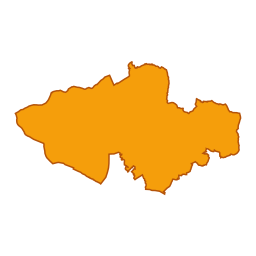 Mintiu Gherlii, Cluj, Romania
{"feature_id": "2599482B84488457525620", "entity_name": "Mintiu Gherlii", "entity_type": "district", "adm_level": 2, "iso_a3": "ROU", "parent_name": "Romania", "parent_adm1": "Cluj", "projection": "mercator", "projection_center": [23.941, 47.068], "detail": "fine", "context": "isolated", "style": "filled", "palette": "amber", "viewbox_px": 256, "rotation_deg": 0, "n_neighbors": 0, "source": "geoboundaries", "source_scale": "gbopen_adm2", "svg_char_len": 5883}
<svg xmlns="http://www.w3.org/2000/svg" viewBox="0 0 256 256"><path d="M145.7,189.3L149.7,189.5L151.9,190.4L155.1,190.5L159.4,191.2L160.1,191.5L164.6,194.1L164.9,192.5L163.6,191.6L167.2,188.0L169.6,186.4L170.7,184.3L171.7,181.7L172.3,180.8L172.6,179.3L173.7,179.2L175.2,179.7L176.8,179.8L177.0,179.8L177.5,178.6L178.0,179.2L178.8,179.0L179.1,178.7L178.9,177.7L178.9,176.6L178.7,176.2L178.8,175.3L181.5,175.6L182.4,174.4L184.3,174.2L185.3,174.6L186.6,174.6L186.6,172.9L188.3,172.4L189.9,171.5L190.2,171.1L190.5,169.8L191.0,168.9L191.1,168.0L191.5,167.2L191.4,166.9L191.7,166.4L191.9,165.7L192.5,164.8L192.4,164.4L191.5,163.9L191.4,163.6L191.8,163.6L195.4,161.7L196.1,162.5L197.0,163.0L198.4,164.9L198.8,165.2L200.1,165.3L202.1,166.0L202.5,165.8L203.0,165.9L203.3,165.3L204.5,165.2L205.3,164.7L206.4,164.8L206.8,163.1L207.9,161.6L208.7,159.1L209.2,158.1L209.2,157.6L208.3,156.5L208.3,155.7L208.6,155.2L207.8,154.5L207.2,154.2L207.0,153.8L205.2,153.9L205.0,153.6L204.8,153.8L205.0,153.9L204.9,154.0L203.0,153.3L204.0,152.6L204.2,152.2L204.9,152.0L205.7,152.0L206.4,151.7L205.7,150.8L206.3,149.3L206.3,148.7L206.6,148.9L206.8,148.7L207.9,148.9L208.8,149.4L210.3,150.5L210.5,150.8L212.2,151.4L213.4,151.6L213.9,151.5L214.2,151.0L214.4,150.1L215.1,150.6L215.7,151.2L219.0,152.0L219.7,152.7L219.9,156.2L220.6,156.3L220.7,157.7L221.9,157.2L222.9,157.6L223.8,157.6L224.4,157.2L225.4,157.2L226.5,156.4L230.1,155.2L230.2,154.6L230.9,154.1L233.0,154.8L234.1,154.8L236.8,153.4L238.4,151.5L239.1,149.9L238.9,149.0L238.8,146.7L239.1,145.5L238.5,144.0L238.5,142.9L238.1,142.1L238.4,139.1L238.2,138.2L238.7,137.1L238.7,136.7L238.1,135.4L238.0,134.7L238.2,134.2L236.5,131.7L236.7,129.9L238.2,128.6L238.1,127.1L238.4,124.9L239.3,122.5L239.9,120.1L240.6,118.2L240.4,116.4L240.0,115.0L239.6,113.3L238.6,113.2L236.7,112.7L232.8,112.6L231.1,111.7L229.9,111.8L228.4,109.9L228.0,108.6L226.6,105.6L225.4,104.1L223.1,104.9L219.9,103.9L219.2,104.1L218.9,104.6L218.6,104.5L218.5,104.1L215.9,103.5L215.4,103.0L214.7,102.8L213.7,102.3L211.8,100.6L210.5,101.2L208.7,101.2L207.9,101.6L207.2,101.3L207.0,101.5L206.9,101.9L206.1,101.6L203.4,101.3L203.2,101.6L203.3,102.2L202.4,102.5L201.6,101.9L201.1,101.8L200.9,101.5L200.4,101.5L200.3,101.1L200.4,100.8L200.9,101.1L200.4,100.6L199.6,100.4L198.9,99.9L198.4,99.9L196.7,98.7L196.4,99.0L196.4,100.4L196.2,101.0L196.2,102.1L195.3,104.1L195.5,104.7L196.7,106.3L193.7,109.2L193.2,110.4L192.9,110.8L191.6,111.5L190.6,111.7L190.0,112.0L188.8,113.5L188.1,113.3L187.7,112.7L187.1,112.4L186.1,112.3L184.2,111.7L183.8,111.4L182.9,110.0L183.2,108.6L183.0,108.3L181.7,108.5L180.3,108.4L179.8,107.9L177.5,107.7L177.3,106.6L176.7,105.1L175.3,103.9L173.4,102.7L171.9,102.5L168.2,103.4L167.9,103.2L167.1,102.3L167.1,101.9L167.6,100.8L166.6,99.3L166.8,98.7L166.7,98.3L166.9,97.5L166.9,95.9L167.6,94.9L167.0,93.1L167.8,92.3L167.8,91.6L167.7,91.1L167.9,90.4L167.9,88.7L168.5,87.6L168.3,86.9L168.6,85.8L168.5,84.9L169.0,83.9L168.8,80.4L168.4,79.4L168.5,77.2L167.9,76.3L167.6,75.2L167.4,73.1L166.4,69.8L165.6,69.5L165.3,69.1L164.9,69.2L163.4,67.8L161.5,66.9L160.4,68.2L159.2,67.8L158.7,67.4L158.5,66.8L157.2,66.2L155.9,66.3L154.4,65.1L154.0,65.2L153.4,64.9L152.7,64.9L152.5,64.3L152.0,64.5L151.7,64.3L151.6,64.6L151.3,64.4L150.1,64.3L150.0,64.6L149.7,64.4L149.4,64.5L149.0,64.1L147.8,64.4L146.3,63.7L146.0,64.1L145.9,63.8L144.6,64.1L144.0,64.9L142.2,65.5L140.9,66.2L140.0,66.9L138.9,67.2L137.3,66.8L137.2,67.0L137.2,67.6L137.0,67.9L136.2,67.8L136.0,68.1L135.3,68.1L134.9,67.7L134.2,65.4L133.8,65.3L132.9,65.6L132.2,64.8L131.8,63.2L132.1,62.1L131.8,61.9L130.2,62.8L128.7,64.4L128.3,65.3L128.4,66.3L128.6,66.8L129.8,68.4L128.7,68.5L129.3,69.4L129.5,70.2L129.1,71.9L129.1,73.1L129.4,74.6L129.4,76.0L128.4,76.8L126.0,78.3L125.5,78.5L117.6,83.6L117.1,83.1L113.9,85.2L109.6,75.3L104.8,77.1L103.3,78.8L100.9,80.4L97.0,84.6L96.4,84.5L95.1,85.3L94.2,86.0L93.1,87.5L92.3,88.2L91.1,88.4L88.9,87.5L86.5,88.4L85.7,89.1L84.5,89.2L82.2,88.3L79.2,87.4L77.4,87.3L73.8,86.4L72.5,86.9L72.0,86.8L68.7,88.8L68.1,89.5L68.0,90.3L66.6,91.6L65.5,92.3L63.3,91.8L62.0,91.1L60.3,90.3L58.7,90.8L56.7,90.8L53.7,91.5L52.7,91.9L52.0,92.7L51.6,92.5L51.2,92.9L50.5,95.3L48.6,99.5L47.6,101.0L45.8,103.1L41.9,105.0L38.2,105.1L36.9,104.9L33.6,104.8L31.3,105.4L29.0,106.1L27.5,107.1L24.5,108.4L23.2,109.4L20.9,109.8L18.4,111.7L15.4,113.4L16.2,115.0L16.9,117.7L17.0,118.4L16.7,119.8L16.8,121.5L17.0,122.9L17.7,124.4L18.6,125.5L21.0,127.4L22.0,128.4L24.4,132.3L24.4,132.9L25.4,134.6L27.6,136.0L29.5,136.7L33.6,139.3L43.7,143.4L44.0,144.6L43.9,146.4L44.8,151.1L45.0,153.4L45.9,156.0L46.8,157.7L49.9,161.0L52.8,163.7L57.0,162.6L58.5,162.4L63.6,163.3L65.1,164.6L73.6,167.8L73.3,169.0L78.7,171.5L80.6,172.2L82.4,173.7L83.9,174.4L84.6,174.5L85.3,175.2L87.0,176.5L88.0,176.8L88.4,177.3L89.0,177.5L89.5,177.4L89.8,177.7L89.8,178.0L90.5,178.4L91.5,178.7L91.8,179.0L92.8,179.0L93.4,179.9L93.9,179.9L96.3,181.6L97.1,181.7L98.4,182.5L99.5,182.9L100.7,183.9L105.8,177.3L107.4,172.4L108.5,167.9L108.9,163.6L109.0,159.0L109.0,154.2L110.5,154.0L114.0,153.9L118.5,152.3L120.0,153.0L120.1,153.7L119.9,154.5L121.7,154.3L121.7,154.8L121.2,155.1L120.5,155.9L120.2,156.7L120.3,157.2L120.7,157.6L122.0,157.9L122.3,158.2L122.3,158.6L121.5,159.2L121.4,159.5L121.6,159.9L122.1,160.0L122.8,159.5L123.3,159.5L124.0,159.8L124.4,160.2L124.5,160.9L124.3,162.9L124.4,164.8L126.4,165.8L128.1,167.2L128.0,167.3L126.3,165.9L125.6,167.4L125.8,167.8L125.3,168.8L126.0,169.8L127.3,170.6L127.6,171.4L127.9,171.9L128.7,171.1L128.4,170.7L129.9,169.5L131.9,167.3L132.2,167.6L133.0,166.7L132.8,166.6L133.4,165.9L134.9,166.8L135.0,169.0L134.2,168.7L132.6,170.7L131.6,171.7L134.1,174.1L133.5,174.7L134.7,175.9L133.8,178.1L135.0,179.6L136.3,178.6L142.4,174.9L143.7,178.4L144.5,178.9L144.7,180.7L145.3,181.0L145.6,181.3L145.3,182.4L145.3,183.0L146.1,184.0L146.1,186.0L145.5,186.8L145.4,187.4L145.8,188.7L145.7,189.3Z" fill="#f59e0b" stroke="#b45309" stroke-width="1.5"/></svg>